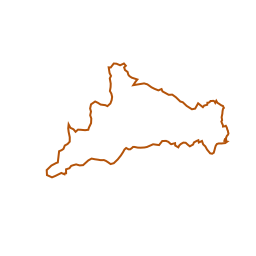 Skoulli, Paphos, Cyprus (orthographic projection), rotated 151°
{"feature_id": "46923920B79729634481944", "entity_name": "Skoulli", "entity_type": "district", "adm_level": 2, "iso_a3": "CYP", "parent_name": "Cyprus", "parent_adm1": "Paphos", "projection": "orthographic", "projection_center": [32.459, 34.975], "detail": "fine", "context": "isolated", "style": "outline", "palette": "amber", "viewbox_px": 256, "rotation_deg": 151, "n_neighbors": 0, "source": "geoboundaries", "source_scale": "gbopen_adm2", "svg_char_len": 2413}
<svg xmlns="http://www.w3.org/2000/svg" viewBox="0 0 256 256"><g transform="rotate(151 128 128)"><path d="M204.1,118.4L202.2,121.9L198.8,121.2L196.1,122.4L193.8,122.0L191.0,121.3L188.4,118.7L186.4,117.8L185.3,117.3L178.4,118.9L174.7,118.9L172.1,116.7L169.3,114.6L167.6,113.2L164.6,111.6L163.3,110.0L162.1,107.8L160.7,104.9L157.5,104.1L152.2,105.5L147.6,107.4L144.0,109.3L141.5,110.9L139.3,111.4L137.9,109.1L136.4,108.3L134.3,108.6L132.8,109.0L131.4,108.2L129.1,106.2L126.8,104.8L123.1,103.0L120.6,102.2L116.4,101.8L114.0,101.6L113.5,101.3L111.0,99.4L109.1,98.0L104.4,100.0L101.0,98.3L99.4,96.3L98.5,93.6L98.1,92.9L94.2,91.9L95.2,89.8L93.4,86.7L91.6,87.9L89.5,88.4L86.7,88.4L84.7,87.1L83.6,83.9L82.8,82.0L79.1,82.0L77.3,83.4L74.1,83.4L72.4,83.2L73.1,81.0L69.6,80.8L70.2,77.2L69.3,74.5L69.3,70.8L68.4,66.0L66.9,64.7L65.0,64.8L62.9,66.9L61.2,68.7L59.8,70.0L58.0,70.9L56.1,70.5L53.9,69.2L51.7,68.3L50.3,67.7L47.8,68.0L50.0,70.0L48.7,71.2L47.8,70.3L47.1,71.8L45.3,73.2L43.7,73.7L42.7,74.7L42.5,75.8L42.0,77.1L41.9,78.6L41.4,80.4L41.4,82.5L42.5,82.6L44.2,83.2L43.6,84.5L43.5,86.4L43.2,88.4L41.9,89.2L40.9,92.0L38.6,94.7L37.2,96.8L35.7,98.6L34.4,99.1L34.4,100.4L34.3,101.3L35.3,102.4L36.0,103.8L36.3,104.3L36.9,105.6L37.6,106.6L37.6,109.0L39.5,107.7L39.5,109.4L40.2,110.4L41.6,111.0L42.7,111.6L44.1,111.1L45.4,111.1L46.3,111.6L47.5,109.9L50.5,110.7L52.4,109.9L54.7,115.6L59.9,112.4L63.0,113.4L66.0,118.9L67.6,124.0L69.4,125.8L71.2,131.7L73.1,135.7L76.3,137.3L80.1,143.3L79.8,145.8L83.2,146.2L85.8,149.4L87.7,152.2L89.9,156.8L92.3,159.2L102.6,162.9L99.0,164.8L96.3,165.9L100.3,170.2L101.6,172.7L101.9,174.5L101.2,177.2L102.5,180.2L102.0,182.9L99.7,183.5L100.3,186.4L101.1,186.4L104.5,186.7L106.9,189.8L109.2,191.3L113.8,189.3L115.5,190.4L117.5,184.9L117.6,181.8L119.9,180.2L121.6,175.2L123.4,172.2L125.9,169.1L125.9,166.1L126.8,162.9L128.7,160.4L131.5,158.0L135.4,157.1L136.7,158.9L140.6,161.8L142.1,164.6L143.9,167.1L148.9,166.6L149.4,166.0L151.7,163.4L152.4,160.3L154.9,157.5L155.5,154.1L158.0,150.1L162.0,147.3L163.6,145.7L166.6,146.9L170.7,149.7L172.6,150.8L175.7,150.1L176.3,153.3L178.3,156.1L178.2,159.9L180.1,157.2L180.5,156.6L181.8,153.4L183.4,148.2L185.6,144.3L188.6,143.3L191.8,143.3L194.6,141.0L196.9,140.8L199.5,141.1L206.1,131.9L207.9,132.2L213.2,132.3L219.5,130.6L221.7,126.1L218.4,121.7L215.0,121.3L208.1,121.0L206.0,118.3L205.5,118.9L204.1,118.4Z" fill="none" stroke="#b45309" stroke-width="2"/></g></svg>